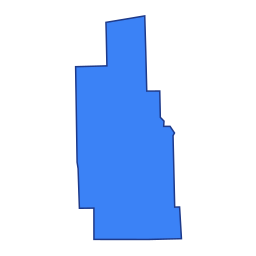 Ashland, Ohio, United States of America, rotated 179°
{"feature_id": "52423323B55530951280256", "entity_name": "Ashland", "entity_type": "district", "adm_level": 2, "iso_a3": "USA", "parent_name": "United States of America", "parent_adm1": "Ohio", "projection": "orthographic", "projection_center": [-82.294, 40.81], "detail": "fine", "context": "isolated", "style": "filled", "palette": "blue", "viewbox_px": 256, "rotation_deg": 179, "n_neighbors": 0, "source": "geoboundaries", "source_scale": "gbopen_adm2", "svg_char_len": 440}
<svg xmlns="http://www.w3.org/2000/svg" viewBox="0 0 256 256"><g transform="rotate(179 128 128)"><path d="M179.3,190.2L179.5,94.7L178.6,88.3L178.0,48.6L163.5,48.5L164.0,17.2L109.6,16.2L76.5,16.4L77.8,48.1L82.7,48.1L83.1,119.6L81.6,122.2L85.9,128.9L92.3,129.0L91.9,134.3L95.5,138.1L95.6,164.4L108.6,164.6L108.9,203.2L109.3,239.8L148.2,234.0L148.1,222.4L148.0,190.5L179.3,190.2Z" fill="#3b82f6" stroke="#1e3a8a" stroke-width="1.5"/></g></svg>